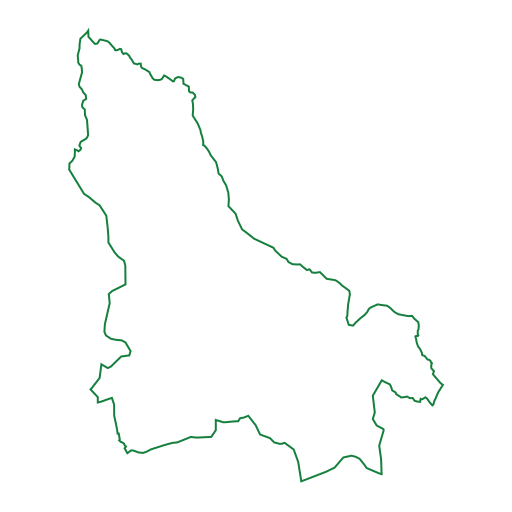 the district of Bakori, Katsina, Nigeria
{"feature_id": "59680162B75348496545912", "entity_name": "Bakori", "entity_type": "district", "adm_level": 2, "iso_a3": "NGA", "parent_name": "Nigeria", "parent_adm1": "Katsina", "projection": "natural_earth1", "projection_center": [7.44, 11.676], "detail": "fine", "context": "isolated", "style": "outline", "palette": "green", "viewbox_px": 512, "rotation_deg": 0, "n_neighbors": 0, "source": "geoboundaries", "source_scale": "gbopen_adm2", "svg_char_len": 4376}
<svg xmlns="http://www.w3.org/2000/svg" viewBox="0 0 512 512"><path d="M301.3,481.3L326.0,471.8L334.6,467.6L343.3,457.5L351.3,455.7L355.5,456.7L359.6,458.8L364.4,464.8L366.7,468.1L379.7,473.6L381.6,474.1L381.1,459.3L379.2,445.6L383.5,431.0L383.6,429.6L383.3,429.0L380.8,427.7L376.7,425.5L372.8,419.0L374.8,412.5L372.8,395.7L381.8,380.3L384.2,381.7L389.7,384.3L390.9,386.3L392.2,390.4L395.5,392.4L396.2,394.2L399.5,396.2L401.3,397.5L404.4,397.1L407.2,396.6L410.0,398.2L412.7,398.0L414.5,400.7L417.4,401.6L420.2,401.8L420.4,399.9L420.7,398.9L421.6,399.3L422.5,399.1L425.4,397.3L427.1,398.7L429.6,402.2L432.4,405.4L433.3,404.7L434.3,401.1L435.9,397.8L436.9,395.2L437.9,393.1L438.6,391.7L442.9,384.9L440.5,383.1L432.9,374.2L434.0,371.1L433.1,370.3L431.3,368.2L431.2,365.4L431.9,363.1L431.2,362.8L430.4,360.7L429.2,359.9L427.5,359.5L426.2,357.9L424.7,356.0L422.2,355.1L421.9,353.0L421.3,351.6L420.2,349.3L419.1,347.7L418.0,346.4L416.6,342.2L416.2,339.6L415.4,336.4L416.3,335.9L417.8,336.0L418.3,335.4L417.7,333.6L417.8,330.8L418.5,329.3L418.8,325.6L418.3,322.2L414.3,318.7L412.1,315.9L408.2,316.1L402.7,315.1L398.2,314.2L394.3,311.9L390.2,307.9L387.0,305.7L382.2,305.1L377.6,304.4L370.7,307.5L368.8,309.0L367.3,311.9L364.5,315.1L360.4,318.2L355.6,322.7L353.0,325.6L348.8,324.9L346.4,317.6L347.1,316.5L347.3,315.8L347.5,313.2L347.5,311.7L347.9,307.6L348.1,304.6L349.9,294.3L349.3,290.8L342.2,285.6L339.6,283.1L336.6,280.9L334.9,280.1L326.7,278.8L320.6,272.8L319.9,272.1L315.3,272.8L312.0,272.5L309.9,269.7L309.2,269.3L307.0,270.1L302.8,266.8L300.0,264.3L298.0,264.5L292.5,264.2L288.6,262.1L286.5,258.8L281.8,256.8L275.2,250.6L273.5,247.8L254.1,238.7L251.1,236.3L246.3,232.5L242.1,229.4L237.8,220.5L235.6,213.7L228.4,206.1L228.9,199.8L228.3,192.7L226.1,185.3L223.4,180.8L221.7,176.3L218.6,173.6L217.6,167.9L216.1,162.2L210.8,155.4L209.0,151.6L206.9,148.5L204.4,145.6L203.1,145.1L203.3,141.7L202.1,136.3L200.9,132.9L200.4,129.9L197.7,123.5L192.7,115.6L193.2,108.8L192.9,103.7L192.3,100.4L193.9,98.5L195.4,97.2L194.9,94.8L192.7,92.6L190.2,92.4L189.0,91.1L188.8,86.6L183.5,83.8L183.2,78.9L181.4,77.7L178.1,77.0L175.2,78.4L173.8,81.3L172.9,81.4L170.5,79.5L165.8,76.3L164.1,75.5L161.8,79.1L159.9,79.9L157.2,80.2L154.2,79.7L152.6,78.2L150.4,74.4L149.3,72.0L147.2,70.7L144.5,69.1L142.0,68.0L141.0,66.5L140.7,63.6L138.9,63.6L137.2,64.4L135.0,63.6L133.9,63.5L131.7,59.6L130.4,58.1L128.9,55.4L126.4,53.3L125.0,53.3L123.4,54.0L121.9,52.0L121.2,49.2L119.6,48.9L118.3,49.8L115.9,50.4L114.9,49.9L114.6,48.6L112.2,46.0L109.5,42.8L107.8,41.4L106.3,40.9L100.3,39.5L99.3,40.3L98.3,42.0L97.5,43.4L96.3,43.8L95.1,43.9L93.8,42.8L91.7,40.4L88.5,36.9L88.2,30.7L87.6,31.6L86.6,32.8L80.4,38.7L79.5,45.0L79.6,48.0L77.7,55.5L78.2,60.5L78.2,62.4L79.4,64.5L79.8,64.8L81.3,65.8L81.7,68.0L82.1,72.2L78.8,84.1L79.5,86.7L82.0,89.5L83.2,92.3L85.7,95.1L86.2,98.9L83.3,100.7L82.0,104.9L82.4,107.3L84.8,109.5L85.0,115.1L87.0,119.9L87.5,126.5L88.1,135.1L87.4,136.8L86.3,138.5L83.7,140.1L80.7,141.9L79.7,144.5L79.4,145.7L80.4,147.2L81.1,148.0L80.6,149.6L79.4,150.6L78.5,151.3L77.7,150.6L74.9,149.4L74.7,156.5L72.4,160.7L69.4,163.6L69.4,167.5L69.1,169.4L84.0,193.8L89.1,197.2L95.5,202.7L99.5,205.2L106.3,215.7L107.7,227.9L108.4,236.9L108.4,242.5L114.6,252.4L118.3,256.7L124.0,260.7L125.3,265.5L125.5,284.4L112.2,291.0L108.8,294.0L109.7,303.2L104.9,324.1L104.4,331.7L105.9,335.4L111.0,338.8L116.0,339.8L121.8,340.4L125.4,342.4L130.6,351.1L129.3,355.4L121.2,356.5L111.1,366.4L107.8,368.1L101.4,364.3L99.6,378.0L91.7,388.2L90.5,389.4L96.1,395.3L97.8,397.2L97.8,402.5L101.0,401.7L107.1,399.5L111.9,397.9L114.1,404.6L114.2,415.8L115.7,422.6L116.5,426.7L117.1,429.7L117.6,433.6L118.7,433.5L119.8,439.3L119.1,440.3L120.7,441.8L121.0,442.0L121.4,442.0L123.3,443.1L123.9,443.5L124.7,445.3L126.0,446.6L124.6,448.2L127.3,453.2L129.4,451.7L130.8,450.6L132.2,450.3L135.2,451.2L138.8,452.5L143.2,452.9L146.8,451.6L150.9,449.4L159.4,446.7L164.7,445.0L169.4,443.7L172.4,442.9L177.3,442.4L190.7,437.0L191.8,437.1L193.9,437.3L196.7,437.6L211.3,436.9L215.8,430.2L215.8,420.0L223.6,422.3L227.0,422.1L232.7,421.5L238.2,421.2L240.1,418.2L243.7,417.6L248.3,415.8L255.6,425.1L260.1,434.5L269.9,438.1L274.2,442.4L279.9,443.9L282.2,443.7L282.9,443.4L283.2,443.3L283.8,443.0L284.1,442.9L284.5,442.9L285.0,443.0L285.3,443.3L285.5,443.5L285.8,443.7L286.9,444.5L293.7,449.5L298.2,461.9L301.3,481.3Z" fill="none" stroke="#15803d" stroke-width="2"/></svg>